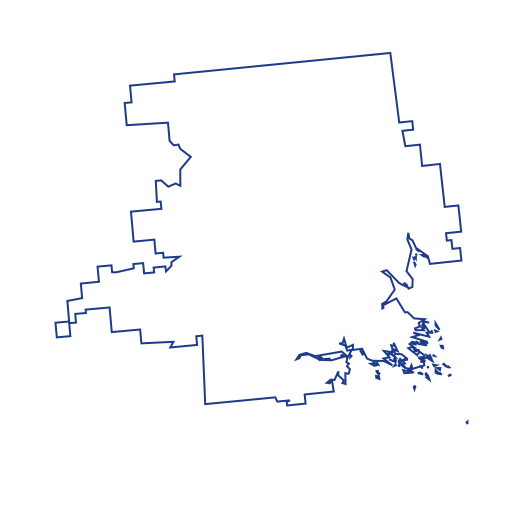 outline of Derby-West Kimberley, Western Australia, Australia, rotated 174°
{"feature_id": "25037944B76695994650709", "entity_name": "Derby-West Kimberley", "entity_type": "district", "adm_level": 2, "iso_a3": "AUS", "parent_name": "Australia", "parent_adm1": "Western Australia", "projection": "albers", "projection_center": [123.97, -17.504], "detail": "fine", "context": "isolated", "style": "outline", "palette": "blue", "viewbox_px": 512, "rotation_deg": 174, "n_neighbors": 0, "source": "geoboundaries", "source_scale": "gbopen_adm2", "svg_char_len": 6059}
<svg xmlns="http://www.w3.org/2000/svg" viewBox="0 0 512 512"><g transform="rotate(174 256 256)"><path d="M101.2,443.9L318.5,445.2L318.6,438.1L363.5,438.6L363.7,421.8L370.6,421.9L370.9,399.6L329.6,397.8L329.9,379.6L326.3,374.7L321.4,374.9L320.1,370.4L310.5,361.4L322.3,349.9L323.9,333.7L328.3,336.5L336.0,334.1L342.3,341.1L347.8,341.2L348.9,320.2L345.1,320.1L345.2,312.8L375.7,313.2L376.2,283.1L355.4,282.9L355.6,269.0L348.0,268.9L348.1,264.0L332.3,263.3L340.8,258.7L341.1,255.1L347.1,250.1L347.2,255.1L359.0,255.2L359.0,250.3L369.1,250.4L369.0,260.7L378.8,260.8L378.9,256.5L396.8,254.4L400.8,254.9L400.7,261.8L414.7,262.0L414.9,246.8L433.1,246.9L433.3,232.3L448.3,231.0L448.7,210.4L462.4,210.6L462.6,195.9L449.0,195.7L448.8,208.7L442.0,208.6L441.8,217.3L431.1,217.1L431.0,220.5L407.0,220.1L407.4,195.4L378.9,195.0L379.1,181.1L347.1,179.3L350.8,174.0L323.9,173.7L323.8,182.4L317.7,182.4L322.0,114.0L251.6,113.4L250.1,109.0L237.3,108.9L240.7,107.7L240.7,104.1L222.1,104.0L222.1,113.2L192.8,113.1L193.5,123.9L196.1,121.7L198.8,122.5L194.4,125.3L190.9,124.5L186.1,132.7L186.7,128.8L181.6,122.9L183.3,120.6L180.3,119.4L179.4,130.1L176.2,129.2L174.4,133.6L177.0,136.9L174.9,139.3L177.2,140.9L175.8,145.2L177.3,147.0L191.8,144.4L202.9,145.9L213.9,152.7L221.7,152.7L223.5,149.8L226.6,149.0L223.2,153.1L216.2,154.4L207.6,150.2L180.7,152.0L175.1,145.9L170.5,152.8L175.2,152.4L176.5,157.6L182.4,160.3L178.9,160.3L177.1,164.6L175.3,155.3L168.9,157.5L169.4,152.4L160.1,152.7L156.3,142.4L151.2,139.7L139.9,138.2L131.8,133.0L139.9,140.7L133.9,141.3L138.8,148.2L134.6,147.2L129.4,141.9L132.4,146.4L129.6,145.6L131.7,147.5L129.4,146.6L130.9,153.1L127.9,152.2L128.2,155.4L125.1,146.6L128.7,148.8L127.8,144.1L121.4,143.0L116.4,138.0L116.6,137.1L119.7,136.9L120.3,137.9L120.2,136.1L121.5,138.0L119.2,133.6L123.1,133.9L121.5,132.9L119.1,129.3L112.9,125.3L115.3,128.0L113.0,127.7L113.9,129.0L112.8,131.1L112.1,127.4L100.0,129.7L100.3,133.1L103.7,133.6L100.3,133.6L105.1,137.9L101.4,136.4L103.5,138.1L99.0,138.0L99.1,139.9L103.5,143.7L106.1,140.6L114.2,148.4L109.4,149.4L108.9,147.5L106.3,146.9L112.5,152.4L109.6,154.4L106.3,153.2L105.6,153.8L104.4,153.4L103.4,151.5L95.3,149.2L102.0,153.6L94.8,151.7L95.0,152.9L109.1,159.0L102.1,160.4L107.6,163.3L92.2,157.6L94.3,161.9L87.7,161.1L91.7,162.2L95.6,169.7L96.2,166.7L98.4,167.3L96.9,164.7L105.0,165.5L105.4,167.4L100.3,168.8L101.3,172.3L94.9,175.5L105.3,177.4L111.1,184.3L113.8,184.4L120.8,199.1L134.7,193.7L134.7,191.0L135.8,190.6L135.5,195.2L131.1,197.1L121.5,208.1L124.5,220.5L132.2,227.3L127.5,228.2L116.5,214.2L113.2,211.8L111.0,213.4L109.2,211.5L107.7,207.6L103.7,208.9L102.6,216.6L107.9,225.2L100.6,246.2L103.8,256.6L102.1,263.1L101.7,257.4L98.7,255.2L96.1,247.4L85.1,237.8L83.8,230.0L52.2,230.0L52.2,242.6L59.9,242.6L60.0,251.4L64.6,251.4L64.6,258.8L49.4,258.8L49.4,276.4L49.5,285.1L63.2,285.1L63.4,328.3L81.4,328.2L81.3,349.6L96.0,349.6L97.3,365.2L86.5,365.2L86.5,373.8L99.6,373.8L101.2,443.9ZM111.1,123.7L121.5,127.1L120.7,123.9L111.1,123.7ZM91.5,133.0L93.6,140.1L94.2,136.8L97.4,137.7L91.5,133.0ZM81.2,163.4L84.4,170.4L84.6,168.0L81.2,163.4ZM90.7,171.6L95.9,173.6L97.5,170.8L95.3,172.9L90.7,171.6ZM130.6,137.4L134.5,139.4L127.4,135.4L130.6,137.4ZM146.3,123.4L149.1,124.1L149.1,122.3L146.2,120.8L146.3,123.4ZM162.4,151.3L160.9,148.2L160.1,146.0L160.2,149.2L162.4,151.3ZM97.2,118.7L99.7,122.3L99.0,120.4L100.3,120.5L97.2,118.7ZM98.2,230.7L99.6,233.7L98.7,229.8L98.2,230.7ZM123.4,138.6L125.0,136.5L125.0,135.1L124.6,134.3L122.1,136.3L123.4,138.6ZM149.4,137.5L150.3,137.4L150.2,136.9L153.1,136.8L150.2,134.8L149.4,137.5ZM148.6,128.8L146.3,125.3L145.6,126.4L148.6,128.8ZM107.3,122.6L102.2,120.8L104.9,122.9L107.3,122.6ZM195.1,145.5L192.7,146.2L199.0,146.4L195.1,145.5ZM96.5,114.8L97.2,117.9L99.2,117.5L96.5,114.8ZM204.5,149.3L204.5,147.3L201.6,148.1L202.5,148.9L204.5,149.3ZM127.0,137.1L129.6,140.0L129.3,139.0L127.0,137.1ZM81.6,147.4L80.9,145.3L79.5,144.7L79.6,147.1L81.6,147.4ZM96.7,139.4L96.6,138.2L95.3,137.6L94.8,137.6L96.7,139.4ZM84.4,125.3L87.4,125.6L85.0,123.4L84.4,125.3ZM89.2,123.9L89.6,121.3L88.3,120.4L87.6,121.5L89.2,123.9ZM130.0,132.3L128.2,132.7L128.6,133.8L130.0,132.3ZM78.4,126.9L80.5,129.2L81.0,128.7L78.4,126.9ZM119.2,128.7L121.0,132.1L122.5,132.1L119.2,128.7ZM82.0,153.6L80.3,154.1L80.6,155.5L82.0,153.6ZM104.2,145.6L106.1,145.8L103.7,144.1L104.2,145.6ZM96.3,126.5L96.6,128.6L96.8,127.3L96.3,126.5ZM90.4,127.8L88.0,128.5L91.0,129.3L90.4,127.8ZM109.6,211.1L111.2,210.7L110.0,209.9L109.6,211.1ZM97.1,168.0L96.8,170.5L98.0,169.7L97.1,168.0ZM85.9,237.9L87.8,238.2L85.7,236.3L85.9,237.9ZM202.0,147.5L202.8,146.3L201.0,146.9L202.0,147.5ZM64.0,68.6L63.2,66.8L63.0,69.3L64.0,68.6ZM112.3,106.9L111.2,109.2L111.7,110.0L112.8,109.3L112.3,106.9ZM179.3,148.0L181.2,148.5L182.1,146.8L179.3,148.0ZM102.4,126.7L102.4,128.0L103.2,128.5L102.4,126.7ZM77.5,116.4L74.2,117.3L75.8,117.6L77.5,116.4ZM83.7,162.1L85.6,163.2L85.3,161.7L83.7,162.1ZM108.2,146.0L108.0,144.9L105.7,144.4L108.2,146.0ZM105.6,151.0L108.0,152.7L109.6,152.8L109.2,152.3L105.6,151.0ZM88.9,138.0L89.3,138.5L90.9,138.7L88.9,138.0ZM89.8,239.5L91.0,239.6L89.7,238.5L89.8,239.5ZM84.4,119.8L87.1,121.2L86.4,120.4L84.4,119.8ZM99.1,134.5L101.8,136.0L98.8,134.0L99.1,134.5ZM124.8,133.3L125.2,132.9L125.5,130.9L124.6,132.3L124.8,133.3ZM116.8,137.6L118.1,138.8L118.7,138.2L116.8,137.6ZM104.8,152.4L105.6,153.7L106.1,153.0L104.8,152.4ZM127.7,140.5L129.5,143.4L128.7,140.9L127.7,140.5ZM146.1,135.8L146.7,137.3L147.4,136.8L146.1,135.8ZM133.2,144.4L135.6,145.6L132.8,143.8L133.2,144.4ZM97.1,238.2L97.9,238.2L97.3,236.9L97.1,238.2ZM93.7,244.7L94.7,244.8L93.1,243.2L93.7,244.7ZM96.2,240.1L97.0,241.7L96.2,239.6L96.2,240.1ZM98.7,136.9L100.6,137.9L101.1,136.8L98.7,136.9ZM87.6,120.0L83.4,118.8L84.3,119.3L86.7,120.0L87.6,120.0ZM77.9,126.0L76.2,125.1L75.4,125.1L76.5,126.3L77.9,126.0ZM90.0,163.2L89.3,162.6L88.2,162.8L90.0,163.2ZM172.6,145.5L171.5,146.4L172.1,147.2L172.6,145.5ZM98.6,236.8L99.4,237.3L99.1,236.2L98.6,236.8ZM146.1,128.9L147.6,129.0L147.2,128.4L146.1,128.9ZM147.7,135.6L148.3,134.6L146.7,134.9L147.7,135.6Z" fill="none" stroke="#1e3a8a" stroke-width="2"/></g></svg>